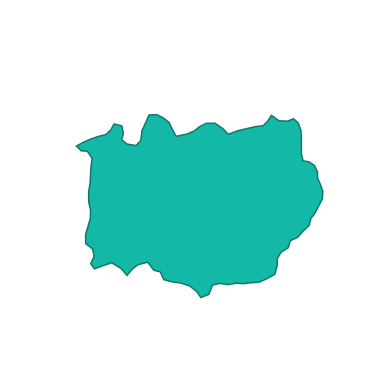 the district of Rochedo de Minas, Minas Gerais, Brazil, rotated 42°
{"feature_id": "56859067B75904994944192", "entity_name": "Rochedo de Minas", "entity_type": "district", "adm_level": 2, "iso_a3": "BRA", "parent_name": "Brazil", "parent_adm1": "Minas Gerais", "projection": "orthographic", "projection_center": [-43.032, -21.64], "detail": "fine", "context": "isolated", "style": "filled", "palette": "teal", "viewbox_px": 384, "rotation_deg": 42, "n_neighbors": 0, "source": "geoboundaries", "source_scale": "gbopen_adm2", "svg_char_len": 1391}
<svg xmlns="http://www.w3.org/2000/svg" viewBox="0 0 384 384"><g transform="rotate(42 192 192)"><path d="M206.0,273.8L216.0,275.7L221.8,272.6L229.7,276.0L237.1,272.2L245.0,266.9L253.1,263.4L261.8,262.8L269.2,264.5L273.0,256.8L269.5,247.3L274.1,241.1L280.5,237.0L285.7,230.3L291.6,225.7L297.1,219.4L302.3,213.9L305.3,207.2L308.6,197.8L304.7,189.8L300.0,184.6L298.5,177.1L300.8,169.1L297.7,162.3L300.8,155.2L300.8,146.1L301.4,138.5L298.1,132.1L297.5,125.1L295.5,117.9L293.7,110.2L289.0,104.2L282.2,100.4L276.1,97.7L271.6,93.0L265.1,90.3L258.8,91.3L253.7,94.5L247.9,90.6L243.2,85.4L237.4,79.0L231.8,73.4L224.8,69.6L218.6,69.6L215.4,75.6L208.9,80.9L199.8,81.9L200.8,88.8L200.5,95.2L195.5,100.8L190.7,107.7L185.5,115.1L180.2,124.9L172.8,124.2L163.0,125.5L156.6,131.5L154.0,138.1L152.8,145.1L149.5,152.3L142.9,161.2L134.6,158.3L128.4,155.6L120.9,156.2L114.1,158.1L108.5,163.5L111.2,171.5L113.8,180.0L119.5,188.0L119.3,194.9L111.8,199.8L104.7,200.2L101.8,194.3L95.6,189.8L88.5,193.6L90.1,200.0L89.4,207.3L85.3,213.2L81.1,220.9L77.8,228.3L75.4,235.2L82.2,235.5L86.9,231.7L95.3,233.9L100.8,241.9L105.6,247.7L110.6,254.0L115.1,261.1L121.8,268.4L129.0,273.6L134.2,279.8L138.1,287.9L141.4,294.8L147.5,301.5L156.3,300.8L162.4,305.4L164.7,313.0L170.9,314.4L175.1,306.4L179.7,298.3L190.4,296.3L199.5,297.4L199.2,289.3L200.5,282.3L206.0,273.8Z" fill="#14b8a6" stroke="#0f766e" stroke-width="1.5"/></g></svg>